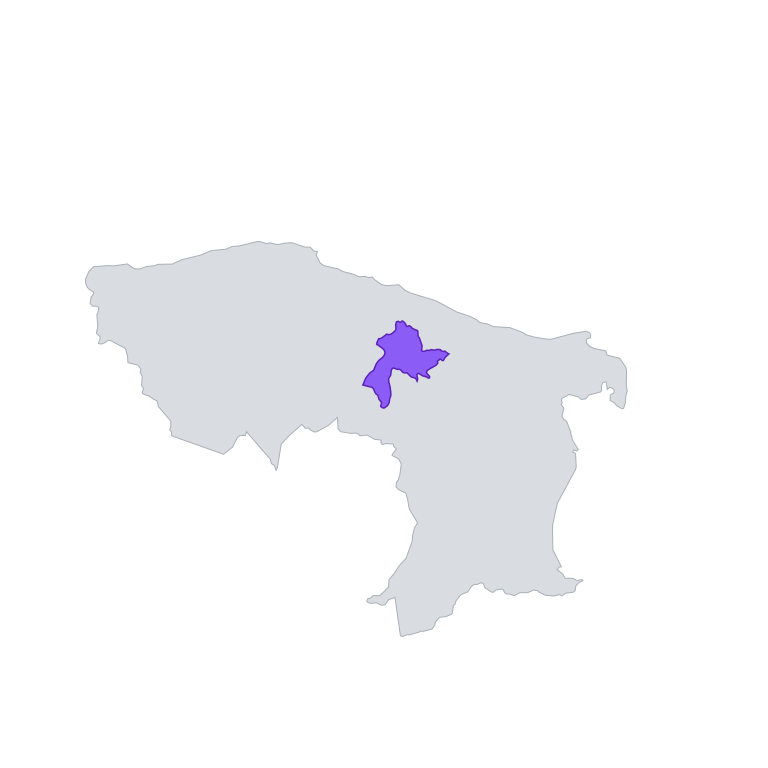 where Huánuco sits in Peru, rotated 138°
{"feature_id": "PER-579", "entity_name": "Huánuco", "entity_type": "Department", "adm_level": 1, "iso_a3": "PER", "parent_name": "Peru", "parent_adm1": "", "projection": "albers", "projection_center": [-76.085, -9.412], "detail": "fine", "context": "in_parent", "style": "filled", "palette": "violet", "viewbox_px": 768, "rotation_deg": 138, "n_neighbors": 0, "source": "natural_earth", "source_scale": "10m", "svg_char_len": 7577}
<svg xmlns="http://www.w3.org/2000/svg" viewBox="0 0 768 768"><g transform="rotate(138 384 384)"><path d="M542.2,232.3L542.0,234.3L539.5,235.3L537.2,233.8L533.8,234.2L528.7,229.5L516.6,230.0L511.1,235.3L503.0,236.4L494.2,238.8L484.2,239.7L468.4,248.2L464.8,251.7L457.7,256.7L451.9,258.4L448.9,274.1L443.2,283.2L440.9,288.3L443.9,295.9L443.8,299.6L440.6,302.6L438.0,302.9L432.7,306.1L424.7,313.0L423.2,318.3L425.8,325.4L424.9,326.2L418.3,327.5L418.5,331.5L417.1,333.0L422.6,338.6L425.7,340.0L425.8,341.4L425.3,342.9L424.1,343.5L424.0,344.7L427.9,349.0L430.8,357.4L436.5,361.6L436.6,364.3L438.2,366.9L441.2,369.0L448.1,377.5L448.2,381.4L440.9,390.3L452.9,390.4L466.1,393.6L467.9,395.0L469.5,399.1L469.6,401.8L472.2,403.9L471.9,408.9L489.3,409.1L500.6,408.1L519.0,393.3L522.0,392.1L520.4,395.3L520.1,397.7L521.0,400.3L518.9,403.9L518.1,440.5L521.5,438.6L525.7,442.1L528.8,442.3L538.8,438.4L550.3,439.2L576.4,487.5L574.0,490.7L574.0,493.2L570.7,495.2L567.3,499.0L566.8,517.9L563.9,523.6L565.4,526.6L566.7,532.6L569.1,536.3L569.7,538.7L569.4,539.5L565.7,541.5L565.3,544.9L558.6,551.5L557.2,556.1L554.7,557.6L554.2,562.7L560.0,571.2L556.1,576.1L552.4,583.4L558.1,599.1L560.6,601.4L563.2,601.3L567.1,602.7L569.2,605.1L564.3,607.9L563.4,609.2L563.7,614.3L558.3,618.1L551.0,627.7L549.1,628.2L545.4,631.0L544.8,632.5L545.3,633.9L548.4,636.8L548.6,640.4L543.4,644.7L539.8,645.1L538.4,646.2L539.8,652.2L539.7,655.0L538.5,658.1L535.9,661.5L528.2,665.0L521.3,665.5L509.6,656.4L506.0,652.7L494.3,644.9L492.6,636.9L488.7,633.0L481.5,630.0L475.9,625.8L471.6,623.9L461.1,614.8L451.4,611.8L433.4,602.2L423.7,599.0L411.3,590.0L404.5,587.6L399.1,583.4L382.8,574.6L380.2,571.8L377.7,567.4L374.0,564.8L369.9,558.8L363.8,555.3L358.0,550.7L350.8,538.2L347.3,535.3L347.1,529.6L344.7,527.0L348.2,525.2L350.5,516.3L349.3,511.9L340.9,500.0L339.3,495.1L333.2,485.9L330.9,480.5L326.0,476.5L324.0,473.0L321.2,471.6L321.1,467.4L319.2,459.4L316.4,455.4L306.6,447.9L305.7,439.7L303.5,434.0L289.7,411.0L281.7,388.9L274.9,376.7L272.1,369.6L271.9,365.8L266.9,359.3L264.2,353.3L252.9,341.9L246.3,329.1L245.4,325.3L240.9,318.3L233.7,309.2L230.1,305.6L208.5,294.5L198.2,287.7L197.0,284.2L197.5,282.2L199.7,280.2L202.8,281.7L204.6,281.0L206.1,278.5L206.0,274.7L204.1,269.8L197.1,260.4L198.8,256.1L191.6,245.2L193.1,234.5L194.7,231.8L205.0,220.8L207.8,216.2L212.3,213.3L216.8,208.8L222.3,205.5L223.9,206.6L225.6,212.3L225.4,216.2L227.0,220.4L223.2,224.4L219.1,223.6L217.5,224.6L216.9,226.4L217.6,229.4L218.7,230.6L221.8,230.6L217.7,236.4L218.0,237.5L220.9,238.5L223.7,237.0L226.6,233.7L228.4,233.2L239.0,238.7L243.9,237.9L247.7,240.5L248.2,244.5L253.5,252.4L261.4,254.2L262.7,253.6L264.4,250.6L266.2,250.1L266.5,245.7L273.3,241.0L274.3,237.8L273.3,235.5L273.4,233.7L277.3,223.3L278.6,222.2L279.8,218.9L281.3,216.8L283.5,205.2L285.4,205.2L287.2,208.0L289.3,207.2L288.2,204.6L288.6,203.7L296.1,194.4L298.5,192.4L335.0,179.4L353.3,166.2L369.4,147.9L374.5,129.4L376.4,130.7L379.5,130.2L378.4,122.7L379.2,119.2L379.1,118.1L374.0,113.7L372.0,108.8L367.6,106.0L367.8,104.9L372.5,106.0L376.7,105.5L380.3,102.5L383.0,102.8L389.0,107.0L393.5,107.4L394.9,110.4L399.3,112.5L405.4,119.0L408.2,125.9L408.0,127.2L410.7,130.9L416.7,132.7L422.6,137.9L428.8,139.5L431.5,144.2L433.2,145.7L434.0,148.3L433.0,151.4L433.9,153.1L438.4,155.9L442.3,156.1L443.2,157.4L445.3,165.0L443.8,168.9L444.4,171.1L449.5,173.0L451.0,174.7L455.0,175.0L460.8,173.5L467.9,175.9L473.4,175.1L475.9,174.5L478.5,172.8L480.7,172.9L486.3,168.1L487.9,167.7L493.9,169.9L498.9,173.4L505.1,172.8L507.7,170.8L512.2,169.7L520.3,173.9L522.1,175.9L524.3,176.3L533.0,180.6L534.5,182.2L539.1,183.9L540.0,185.2L539.7,186.7L518.7,218.0L525.0,220.7L530.9,219.2L534.0,221.3L536.1,226.5L540.7,230.0L542.2,232.3Z" fill="#d9dde1" stroke="#a8b0b8" stroke-width="1"/><path d="M396.3,365.6L399.1,365.9L399.5,365.9L399.8,366.0L400.3,366.4L400.5,366.6L400.7,366.8L400.9,367.1L401.0,367.3L401.2,368.0L401.4,368.6L401.4,369.0L401.4,369.3L401.3,369.6L401.2,369.9L400.6,370.3L398.9,371.2L398.6,371.4L398.4,371.6L398.3,371.9L398.2,372.3L398.0,375.3L397.8,376.3L397.0,378.1L396.5,378.9L396.3,379.2L396.2,379.5L396.2,379.8L396.2,380.2L396.5,381.6L396.6,381.9L396.5,382.7L396.2,384.1L395.3,386.7L395.0,388.0L395.0,388.3L395.0,388.6L395.1,389.0L395.5,390.1L396.0,390.9L396.5,391.5L400.4,397.4L393.6,400.6L387.2,401.7L386.9,401.7L383.4,401.2L382.8,401.2L382.4,401.2L376.6,404.0L375.7,404.3L373.3,404.8L371.4,405.0L367.7,404.8L365.5,405.0L364.9,405.2L364.2,405.4L363.7,405.7L362.7,406.3L362.1,406.9L361.8,407.4L361.5,408.2L361.2,409.6L361.2,410.4L361.2,411.1L362.3,416.6L363.0,418.3L362.7,418.7L361.9,419.3L357.7,421.2L356.4,420.3L355.0,419.7L349.1,419.3L348.8,419.3L348.6,419.1L348.4,419.0L348.0,418.3L347.7,417.8L347.4,417.4L347.1,417.2L346.6,416.9L345.4,416.4L344.2,416.2L340.5,416.1L338.8,416.5L338.4,416.7L338.1,417.0L336.1,419.8L335.4,420.4L333.3,421.8L332.7,421.7L331.4,421.0L331.2,420.3L331.0,419.6L330.9,419.3L330.6,419.0L329.9,418.8L329.5,418.8L329.1,418.8L328.7,418.8L328.4,418.6L328.1,418.3L327.9,418.0L327.8,417.0L327.7,415.3L327.9,413.8L328.0,413.5L328.5,412.3L328.6,412.0L328.6,411.7L328.4,411.4L328.1,411.2L327.7,411.0L327.3,410.9L327.0,410.8L326.7,410.7L326.2,410.3L326.0,410.0L325.9,409.5L325.7,408.4L325.7,406.5L325.3,405.3L324.3,403.0L323.6,402.0L323.5,401.7L323.4,401.4L323.5,401.0L323.7,400.5L324.1,399.9L326.4,397.1L326.8,396.1L326.9,394.5L329.9,387.4L330.2,386.9L332.6,384.6L333.1,384.2L333.3,383.9L333.5,383.6L333.6,382.6L333.1,382.1L332.3,381.5L331.4,381.0L329.9,380.5L329.2,380.1L328.8,379.5L328.5,379.4L328.4,379.2L328.2,378.8L328.0,378.6L326.4,378.2L326.0,378.0L325.7,377.7L324.7,376.3L323.6,375.3L323.3,374.9L321.9,374.5L321.5,374.2L319.8,372.6L319.2,371.9L319.1,371.4L319.1,371.1L319.3,370.7L319.3,370.2L319.1,369.9L318.2,368.6L317.8,368.3L317.1,367.9L316.7,367.6L316.6,367.2L316.5,365.7L316.2,364.7L316.0,363.7L315.9,363.3L315.7,363.0L317.7,362.9L320.5,362.9L321.2,362.8L321.7,362.6L322.2,362.4L323.6,361.9L324.1,361.8L324.5,361.9L324.6,362.0L324.8,362.2L325.1,363.0L325.3,364.4L325.5,364.8L325.7,365.1L326.1,365.1L326.5,365.0L327.0,365.0L328.3,365.3L328.7,365.3L329.1,365.1L329.6,364.3L329.9,363.6L332.5,363.1L333.5,363.2L334.6,363.5L337.1,364.0L337.9,364.3L342.1,365.0L343.2,364.9L344.2,364.7L344.5,364.4L344.7,364.1L344.9,363.4L345.1,362.0L345.0,359.8L345.2,359.1L345.3,358.8L345.6,358.4L346.1,358.2L346.5,358.2L346.8,358.4L347.3,359.3L347.4,359.6L347.5,360.0L347.5,360.6L347.6,361.0L348.4,361.8L348.5,361.9L348.5,362.1L348.6,362.6L348.8,362.9L349.0,363.2L349.5,363.5L349.7,363.8L349.8,364.2L350.0,364.8L350.1,365.1L350.1,365.4L350.6,366.7L350.8,367.9L350.9,368.3L351.2,368.6L351.6,368.9L351.9,369.1L352.8,369.1L353.6,368.5L354.0,368.0L354.2,367.5L355.3,365.7L355.7,365.2L356.0,364.9L357.5,364.0L356.8,366.3L357.0,367.6L357.4,368.4L358.8,370.5L359.0,371.0L359.1,371.5L359.5,376.9L359.6,377.2L359.7,377.3L359.8,377.5L360.0,377.6L360.3,377.7L360.5,377.8L360.8,378.0L361.1,378.3L361.4,378.6L362.0,379.8L362.2,380.1L362.3,380.8L362.3,381.1L362.3,381.5L362.2,381.9L362.2,382.3L362.2,382.9L362.5,383.9L362.6,384.5L362.9,384.8L363.1,385.0L363.9,385.6L364.3,386.0L364.5,386.2L365.9,389.0L366.3,389.5L366.7,389.8L367.7,389.8L368.5,389.7L369.2,389.3L369.5,389.1L373.2,386.1L373.5,385.9L374.3,385.8L375.0,385.6L376.4,385.1L377.0,384.7L377.5,384.4L378.1,383.4L379.0,382.4L379.3,382.1L379.7,380.9L380.0,380.3L380.7,379.3L380.9,379.0L381.2,378.1L381.4,377.7L381.7,377.3L382.4,376.4L384.3,373.6L385.3,372.3L386.8,370.8L387.5,370.3L389.1,369.6L389.4,369.4L392.1,367.2L392.5,366.8L394.7,366.0L395.6,365.7L396.3,365.6Z" fill="#8b5cf6" stroke="#5b21b6" stroke-width="1.5"/></g></svg>